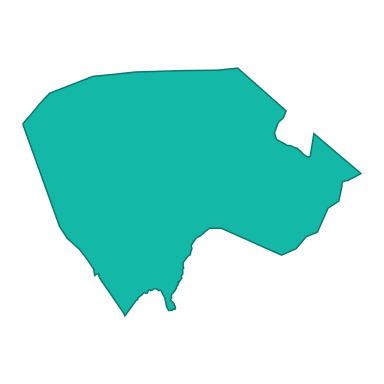 outline of Santa María Zaniza, Oaxaca, Mexico
{"feature_id": "50627088B1802746700322", "entity_name": "Santa María Zaniza", "entity_type": "district", "adm_level": 2, "iso_a3": "MEX", "parent_name": "Mexico", "parent_adm1": "Oaxaca", "projection": "equal_earth", "projection_center": [-97.347, 16.634], "detail": "fine", "context": "isolated", "style": "filled", "palette": "teal", "viewbox_px": 384, "rotation_deg": 0, "n_neighbors": 0, "source": "geoboundaries", "source_scale": "gbopen_adm2", "svg_char_len": 2463}
<svg xmlns="http://www.w3.org/2000/svg" viewBox="0 0 384 384"><path d="M94.7,275.5L96.0,274.4L97.3,273.9L99.2,274.1L98.9,276.5L99.5,277.6L100.1,278.7L109.3,292.1L123.8,313.3L124.9,315.9L136.4,300.1L137.6,299.8L138.2,297.7L140.6,295.8L142.1,294.7L142.9,293.6L144.3,292.6L145.9,293.3L147.4,293.0L148.0,291.4L148.4,290.8L148.6,290.3L149.4,289.8L150.1,290.3L150.9,290.6L151.1,290.4L151.8,290.3L152.8,289.9L153.6,289.2L154.6,288.8L155.0,288.6L155.7,288.7L156.5,288.8L157.1,289.2L157.6,289.6L157.9,290.1L158.4,290.5L159.3,290.5L159.7,290.5L160.2,290.3L161.0,290.5L161.3,290.9L161.7,291.9L162.1,292.9L162.4,293.6L163.0,294.7L163.3,295.2L163.9,296.0L164.5,297.0L164.9,298.1L165.1,299.1L165.2,300.2L165.5,301.4L165.7,302.2L166.0,303.6L166.2,305.1L166.6,306.5L167.1,307.6L167.5,308.5L168.8,310.6L172.6,310.1L173.6,308.8L174.9,309.3L175.5,308.3L174.9,305.8L174.1,304.7L173.9,303.4L171.7,301.2L171.2,301.1L170.6,299.5L171.6,298.0L171.4,295.5L172.1,293.6L173.2,293.0L174.1,291.5L174.7,291.1L175.8,288.9L176.4,288.3L176.5,287.2L176.9,286.3L176.9,285.6L177.7,285.5L178.4,283.5L178.0,281.9L178.4,281.6L178.7,281.7L179.0,282.3L179.4,281.4L180.7,279.8L181.7,278.1L181.7,277.6L181.4,277.0L181.5,275.6L182.5,274.6L182.8,273.5L182.8,272.8L182.8,270.7L182.6,269.3L183.8,267.9L183.0,266.1L183.2,264.2L183.1,262.7L185.5,259.3L187.5,256.7L188.6,255.7L190.1,254.9L190.6,253.4L190.8,251.6L191.4,250.0L192.0,248.5L191.6,247.0L191.3,245.2L196.2,238.0L200.4,235.8L204.9,231.9L209.6,228.2L217.2,228.3L221.4,228.3L281.5,255.1L296.1,248.7L306.2,236.7L317.4,232.1L328.1,208.1L338.8,201.1L342.0,186.1L342.0,185.3L341.9,184.0L342.1,182.8L342.6,182.0L343.6,181.2L346.0,180.8L347.6,180.6L361.0,173.6L350.4,164.6L346.4,161.2L318.6,137.6L313.9,133.6L310.1,156.7L308.7,157.1L307.5,156.8L306.2,156.2L305.1,155.4L303.9,154.6L302.8,153.8L301.8,152.6L301.1,151.8L300.6,151.3L299.5,150.3L298.8,149.6L297.9,149.1L297.2,148.2L295.1,147.7L293.3,147.1L292.2,146.3L291.0,146.0L290.0,145.7L288.6,145.4L287.2,145.4L285.8,144.7L285.0,144.0L276.6,139.5L274.4,132.8L277.5,124.6L278.4,122.3L281.6,119.4L282.9,118.4L283.4,117.7L283.7,117.2L283.9,116.4L284.1,115.5L284.9,114.1L285.5,112.6L286.1,110.9L237.7,68.1L217.2,70.2L183.1,70.6L135.5,72.0L108.2,74.9L92.8,76.4L49.9,93.1L44.6,98.4L39.1,104.5L35.0,109.6L29.5,116.2L24.9,121.3L23.0,123.7L23.4,125.8L34.7,157.2L38.3,167.3L59.6,226.5L67.1,238.2L79.3,249.2L86.1,257.8L91.5,265.9L93.9,269.5L94.1,272.2L94.7,275.5Z" fill="#14b8a6" stroke="#0f766e" stroke-width="1.5"/></svg>